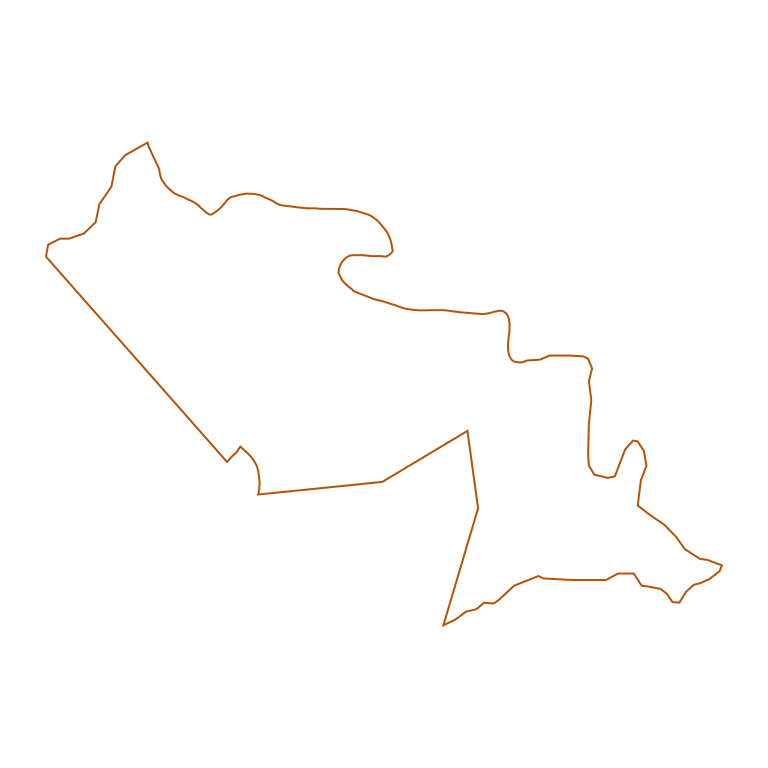 outline of De Mailly, Vieux Fort, Saint Lucia
{"feature_id": "8701671B80390087772516", "entity_name": "De Mailly", "entity_type": "district", "adm_level": 2, "iso_a3": "LCA", "parent_name": "Saint Lucia", "parent_adm1": "Vieux Fort", "projection": "mercator", "projection_center": [-60.949, 13.797], "detail": "fine", "context": "isolated", "style": "outline", "palette": "amber", "viewbox_px": 768, "rotation_deg": 0, "n_neighbors": 0, "source": "geoboundaries", "source_scale": "gbopen_adm2", "svg_char_len": 4799}
<svg xmlns="http://www.w3.org/2000/svg" viewBox="0 0 768 768"><path d="M721.6,566.1L721.9,565.4L707.0,559.8L699.9,558.9L684.9,549.2L676.3,537.1L664.5,524.9L650.3,515.2L637.7,505.5L640.9,480.3L646.4,465.8L644.0,451.2L637.7,441.4L633.0,440.6L625.1,449.5L614.9,476.3L607.8,477.9L594.4,474.7L588.9,465.8L588.1,454.4L588.9,423.6L591.3,400.1L588.9,381.5L591.0,372.7L592.1,368.5L588.1,358.8L583.4,356.4L577.5,356.0L570.1,355.6L569.2,355.5L549.6,355.5L546.6,356.8L540.1,359.6L535.5,360.0L526.7,360.5L525.4,361.1L524.3,361.7L523.1,361.9L521.4,362.4L520.0,362.4L518.7,362.3L517.9,362.2L515.7,361.9L514.1,361.6L512.9,360.8L512.4,360.4L511.9,360.0L511.5,359.6L511.1,359.0L510.4,358.0L510.0,357.1L509.3,355.7L508.9,354.0L508.7,353.3L508.3,351.1L508.2,350.3L508.1,349.5L508.0,346.6L508.1,344.7L508.2,342.3L508.4,340.1L508.6,337.2L508.9,335.6L509.0,334.4L509.2,333.1L509.3,332.5L509.5,331.0L509.5,329.3L509.5,327.3L509.5,325.4L509.5,323.1L509.3,321.4L508.8,318.5L508.4,317.4L508.0,316.3L507.1,314.5L505.5,312.8L504.2,311.8L502.1,310.9L499.9,310.7L497.3,311.1L495.5,311.5L494.9,311.6L490.3,312.9L485.7,313.8L481.9,314.0L481.4,314.0L476.2,313.6L470.5,313.1L469.3,313.0L467.2,312.8L461.2,312.4L456.1,311.7L454.7,311.5L454.1,311.5L449.5,310.8L446.3,310.4L445.4,310.3L441.8,310.1L438.7,310.2L433.2,310.2L426.6,310.3L418.5,310.3L411.1,309.6L408.4,309.1L404.0,308.3L401.8,307.6L401.2,307.4L398.9,306.6L398.4,306.4L395.6,305.4L394.2,304.9L393.2,304.6L390.9,303.9L389.3,303.4L386.5,302.4L383.4,301.5L380.6,300.7L378.2,300.3L374.9,299.4L373.5,298.9L371.9,298.3L369.5,297.4L365.2,295.7L362.2,294.5L357.7,292.9L357.3,292.6L353.2,290.7L351.2,288.6L350.0,287.8L349.1,287.0L348.6,286.6L347.9,286.1L347.3,285.5L345.8,284.2L344.3,282.7L343.2,281.5L342.8,281.0L341.9,279.8L341.1,278.2L340.9,277.8L340.1,276.1L339.7,275.4L338.6,273.6L338.6,272.7L338.6,271.8L338.8,270.5L339.0,269.4L339.1,268.9L339.4,267.7L339.7,266.5L340.1,265.6L340.4,264.9L340.9,264.1L341.4,263.0L341.8,262.3L343.3,260.5L344.1,259.6L345.1,258.6L345.6,258.1L346.8,257.2L347.3,256.8L348.6,256.2L349.9,255.7L351.9,255.3L353.3,255.2L356.1,255.2L361.4,255.2L362.2,255.2L372.1,256.1L380.8,256.1L381.9,256.3L384.1,256.5L384.8,256.6L386.9,256.3L388.8,255.1L389.2,254.8L389.7,254.3L391.1,253.2L392.0,252.3L392.5,251.2L392.8,250.4L392.1,248.5L391.8,245.7L391.4,243.5L390.9,241.5L390.0,238.6L389.6,237.6L389.1,236.5L388.7,235.5L387.9,233.7L387.2,232.6L386.3,231.1L384.8,229.3L384.1,228.3L383.0,227.0L382.4,226.2L381.5,225.1L379.6,222.9L376.7,220.0L375.1,218.8L373.2,217.3L371.2,216.1L369.8,215.3L369.3,215.1L367.5,214.4L364.9,213.6L362.2,212.7L357.8,211.3L355.0,210.7L351.4,210.1L350.4,209.9L348.0,209.5L345.0,209.1L342.5,208.9L338.8,209.0L333.7,208.9L327.2,208.9L320.4,208.8L318.1,208.6L314.4,208.3L306.5,208.3L297.8,207.4L297.2,207.3L289.9,206.3L286.9,206.0L285.7,205.8L284.9,205.8L281.9,205.4L281.1,205.2L279.4,204.7L277.6,203.9L275.4,202.7L272.4,200.7L268.1,198.8L265.3,197.7L262.2,195.9L260.0,195.1L256.3,194.3L253.6,193.9L252.9,193.8L250.8,193.8L248.1,193.6L245.5,193.7L245.0,193.8L242.5,194.2L241.2,194.5L239.4,194.8L234.6,196.1L232.9,196.6L231.4,197.1L230.9,197.3L230.3,197.5L229.3,198.2L227.6,199.6L227.0,200.1L225.7,201.9L225.1,202.8L224.5,203.5L223.8,204.2L221.1,207.4L219.2,209.0L218.0,210.1L213.7,213.2L211.9,214.2L210.9,214.6L209.6,214.5L208.8,214.2L208.1,213.8L207.2,213.2L206.6,212.8L205.4,211.8L203.9,210.5L202.4,209.2L201.3,208.3L200.8,207.8L199.2,206.2L198.2,205.3L197.6,204.8L196.4,203.9L194.6,202.6L193.8,202.2L191.9,201.2L191.0,200.7L188.6,199.7L187.2,199.0L185.9,198.4L183.2,197.0L181.6,196.5L180.2,196.0L178.3,195.2L177.8,195.0L175.4,193.9L173.4,192.5L171.2,190.8L168.3,188.0L165.7,185.5L162.9,181.5L161.8,179.8L161.5,179.2L160.9,177.7L160.5,175.9L160.3,175.3L159.8,173.1L159.4,170.9L159.3,170.1L158.7,168.0L157.8,166.1L157.0,164.3L156.6,163.4L156.0,162.2L155.6,161.3L154.9,159.9L153.6,157.3L152.7,155.2L151.8,153.4L151.1,151.7L150.6,150.6L149.0,147.5L148.3,145.3L147.9,144.2L147.7,142.7L147.0,142.9L125.3,155.1L115.4,166.3L111.4,186.7L99.5,204.0L95.6,222.3L83.7,233.6L68.8,238.7L59.9,238.7L48.1,244.8L46.1,256.0L46.1,256.8L133.8,356.2L227.0,461.9L231.6,456.8L236.5,452.3L240.3,446.6L246.7,452.3L250.3,455.9L253.8,460.5L256.9,466.1L258.3,471.6L259.7,482.7L259.0,490.9L258.1,494.5L382.3,481.9L467.4,430.9L478.2,508.9L477.8,509.2L443.4,625.3L455.1,619.7L461.7,614.9L466.1,611.6L470.9,610.5L476.4,609.2L476.7,608.9L484.2,602.7L488.4,603.1L493.7,603.5L498.4,600.3L500.7,598.1L514.1,585.7L538.5,576.0L543.3,578.4L554.2,579.0L572.4,580.0L606.2,580.0L618.0,573.5L633.8,573.5L637.5,579.3L641.6,585.7L644.7,586.1L647.9,586.5L655.9,588.0L660.5,588.9L666.8,593.8L671.5,600.7L672.3,601.9L679.4,602.7L685.7,592.2L693.6,584.9L696.1,584.2L699.9,583.3L703.0,581.9L709.3,579.2L719.6,571.1L720.3,569.4L721.6,566.1Z" fill="none" stroke="#b45309" stroke-width="2"/></svg>